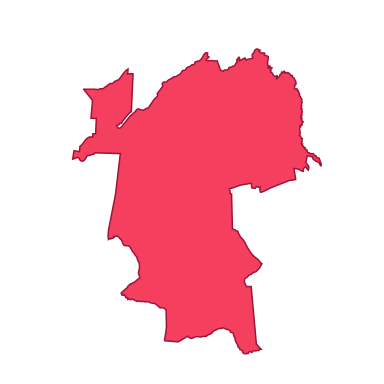 Bau Bang, Bình Dương, Vietnam (Natural Earth projection), rotated 189°
{"feature_id": "81297802B44215588050468", "entity_name": "Bau Bang", "entity_type": "district", "adm_level": 2, "iso_a3": "VNM", "parent_name": "Vietnam", "parent_adm1": "Bình Dương", "projection": "natural_earth1", "projection_center": [106.592, 11.27], "detail": "fine", "context": "isolated", "style": "filled", "palette": "rose", "viewbox_px": 384, "rotation_deg": 189, "n_neighbors": 0, "source": "geoboundaries", "source_scale": "gbopen_adm2", "svg_char_len": 5972}
<svg xmlns="http://www.w3.org/2000/svg" viewBox="0 0 384 384"><g transform="rotate(189 192 192)"><path d="M315.5,276.9L304.6,266.9L303.3,249.0L298.0,249.7L296.3,234.5L299.1,234.0L298.5,230.7L301.8,230.4L303.9,228.7L305.1,227.3L308.1,221.4L309.8,219.8L309.5,214.3L315.0,214.3L315.0,205.8L313.2,206.6L310.8,208.2L310.1,208.3L309.2,207.9L307.2,205.6L306.4,205.3L304.5,205.5L303.7,206.0L302.6,207.6L301.1,211.6L299.3,212.0L294.4,214.4L294.0,215.5L268.8,218.7L267.2,178.0L268.5,141.4L268.0,135.0L267.1,132.0L266.0,133.1L264.8,132.9L264.3,133.8L263.0,133.9L262.0,134.9L262.4,135.6L261.7,135.7L261.5,136.1L260.1,136.3L258.8,137.1L253.6,132.9L252.4,130.5L251.0,128.8L249.7,128.5L246.4,128.9L244.8,128.2L240.9,123.3L239.3,122.4L238.3,120.7L236.5,119.3L234.9,116.0L232.9,113.4L232.0,109.0L232.3,103.8L230.0,98.9L231.1,98.2L234.7,94.0L236.2,93.1L237.2,92.0L238.4,91.7L238.9,90.6L240.3,89.6L240.9,87.6L245.7,81.9L246.2,80.9L245.5,80.3L245.1,79.2L244.1,79.2L242.8,79.9L242.7,79.5L242.1,79.3L240.9,77.3L239.7,77.6L239.3,76.7L238.8,76.6L238.6,75.8L237.7,76.4L236.6,76.5L235.7,76.0L234.7,76.6L233.7,76.8L231.3,75.9L228.9,75.3L227.9,76.0L224.5,75.8L223.2,76.4L221.7,76.1L221.1,76.5L220.5,76.2L218.1,76.9L216.0,76.1L210.7,75.9L205.4,72.6L203.6,73.1L202.1,73.0L201.2,72.8L199.2,71.5L196.2,55.3L195.9,50.4L196.0,41.4L195.6,40.8L182.4,41.8L181.7,42.2L173.6,49.0L172.1,47.7L169.7,47.3L169.0,47.5L166.1,49.5L164.4,50.0L160.2,50.2L159.2,50.9L155.1,51.8L155.0,52.6L151.9,54.4L150.2,56.0L148.9,58.2L146.9,59.3L146.0,60.2L144.8,60.7L144.0,61.5L141.3,61.8L140.5,62.7L140.2,62.8L136.3,61.7L133.9,61.6L132.6,60.9L132.0,59.4L129.6,59.5L129.3,59.2L128.3,56.5L127.1,55.3L125.7,51.6L124.1,49.2L123.1,48.4L122.4,46.4L121.3,45.7L119.9,43.8L117.9,43.6L116.4,41.1L115.4,40.6L114.0,40.5L112.8,41.1L111.4,41.2L110.6,42.9L109.9,43.5L107.6,43.0L107.2,44.1L106.5,44.8L104.1,45.0L102.8,45.8L101.4,45.8L100.6,47.1L99.1,47.5L104.0,51.3L104.5,51.4L118.8,107.9L123.5,107.1L126.2,111.3L126.4,114.6L124.1,116.6L122.9,118.7L120.8,119.8L119.0,121.9L116.2,123.4L113.4,127.6L111.7,132.1L113.0,132.7L116.2,135.7L118.7,136.9L121.9,138.9L122.3,139.5L123.8,140.2L124.2,141.1L125.3,141.8L126.0,143.1L127.7,144.8L130.4,148.3L131.3,149.9L133.8,152.6L137.7,155.8L138.4,157.1L139.7,158.4L140.3,160.0L141.0,160.5L142.4,160.6L143.5,161.4L146.3,161.9L152.6,196.2L153.7,196.0L155.6,201.3L153.1,202.0L145.2,206.4L134.9,209.9L133.5,205.4L130.2,205.5L129.2,207.4L126.6,207.1L125.4,207.5L125.3,204.5L124.3,202.4L121.9,203.4L114.6,208.6L97.4,218.7L91.5,220.5L95.0,231.2L91.0,231.3L86.7,229.9L85.3,229.9L85.6,232.5L83.8,234.8L82.7,234.0L81.7,232.4L80.5,231.9L80.5,234.9L80.8,235.7L84.2,239.0L83.8,245.5L82.5,245.9L78.5,245.4L77.4,243.3L74.4,241.8L72.0,241.2L70.9,240.5L69.2,238.2L68.5,238.2L68.7,240.1L69.7,240.6L69.7,241.9L70.3,242.5L71.3,244.7L71.8,245.3L74.2,245.7L75.6,247.4L76.9,247.0L77.8,248.6L78.4,248.8L81.2,248.4L82.5,249.1L83.8,248.9L84.5,250.1L84.8,251.2L86.0,252.0L87.6,252.3L87.8,252.7L87.4,253.5L88.5,253.7L89.1,254.7L90.0,254.8L90.5,255.6L90.9,255.6L90.9,256.0L90.4,256.7L91.5,256.9L91.5,257.9L91.1,258.9L91.5,260.0L91.4,262.1L92.3,262.3L93.5,263.7L93.8,264.5L94.9,265.3L94.3,266.9L95.7,271.9L95.7,272.3L94.8,273.4L94.9,273.7L95.5,273.9L95.6,274.6L95.3,275.0L93.9,275.2L93.9,276.8L93.2,278.7L93.3,278.9L94.4,278.8L94.5,280.2L95.4,280.7L95.7,281.3L95.0,281.7L95.0,282.1L95.9,282.7L95.6,283.4L96.5,283.8L96.5,284.3L95.3,285.4L95.3,285.7L96.1,286.8L95.5,288.5L96.4,289.7L96.2,291.1L97.2,291.3L97.3,291.6L97.2,294.2L97.5,294.8L97.5,297.3L97.2,298.0L98.0,299.0L97.9,300.4L98.6,301.7L99.4,302.2L100.1,303.5L101.0,303.8L101.1,305.8L102.3,307.3L102.8,308.7L103.6,308.8L104.5,310.3L106.4,309.8L106.9,310.1L107.1,312.0L106.9,313.2L107.3,314.1L106.1,314.9L106.1,315.4L106.6,316.0L106.8,317.5L107.3,317.8L108.7,320.2L111.1,321.6L111.1,322.7L113.0,322.7L113.3,322.9L113.7,323.8L114.5,324.1L115.3,324.8L115.9,324.9L116.8,324.3L118.1,324.8L118.7,324.1L119.1,324.1L119.5,324.4L119.5,325.5L119.9,325.8L120.8,325.0L121.2,323.9L122.1,324.4L122.7,322.4L123.6,321.2L123.5,319.9L125.1,318.4L125.6,317.4L126.2,317.1L126.4,317.8L125.8,319.0L126.1,320.2L126.5,320.1L126.9,319.3L128.5,319.2L130.4,320.5L130.7,321.3L131.6,322.2L133.1,322.7L133.0,324.2L133.7,324.7L132.4,327.1L133.7,327.2L134.8,328.6L135.5,328.5L135.6,327.6L135.4,326.3L136.0,326.3L137.7,331.8L137.6,336.6L137.9,337.7L138.6,338.0L142.0,338.5L142.2,339.2L141.8,340.3L142.2,340.6L145.5,340.2L146.7,341.0L147.7,341.1L147.8,341.6L147.0,342.7L148.4,342.8L149.1,343.4L149.6,343.5L150.9,343.2L152.4,341.6L152.3,340.0L153.9,337.6L153.9,335.7L153.2,334.8L153.1,333.5L157.9,331.7L159.3,330.8L160.7,332.7L165.6,329.0L165.9,331.6L166.5,332.4L166.9,332.5L167.7,331.0L167.9,329.8L168.5,329.6L167.7,327.1L168.3,326.8L168.7,326.2L169.5,323.7L170.2,322.9L171.7,322.5L172.5,321.4L174.2,321.2L175.0,320.5L175.4,318.8L175.8,318.5L176.7,317.9L179.2,317.5L180.0,316.0L182.6,316.8L183.9,318.4L184.9,320.7L187.0,324.0L187.4,325.4L197.6,324.1L198.8,324.2L198.4,325.5L196.7,327.3L196.4,328.1L198.1,328.8L198.3,331.7L199.8,331.8L200.7,331.2L201.5,330.1L203.2,325.4L205.4,322.4L206.5,322.4L209.3,320.8L209.7,318.6L210.0,318.2L212.2,317.5L213.4,315.9L215.6,314.8L216.7,313.7L217.1,313.0L217.1,312.2L217.8,311.3L219.9,310.7L220.9,309.6L221.3,308.0L222.1,306.8L224.9,304.4L226.2,303.4L228.3,302.8L229.1,301.6L230.3,301.1L230.6,300.3L232.2,299.5L235.1,296.3L236.9,296.4L238.1,295.1L238.4,294.7L238.4,294.1L237.7,293.0L237.5,291.7L241.5,284.2L241.7,283.2L241.0,282.0L241.1,281.2L244.1,277.2L248.3,268.2L249.5,267.9L253.0,265.1L255.2,265.1L257.7,265.7L258.9,265.4L260.0,264.1L260.3,262.9L264.9,257.4L271.8,245.4L273.1,243.8L275.1,243.6L276.8,246.1L275.0,246.7L274.4,247.5L274.1,248.4L273.1,248.5L272.2,249.0L271.8,250.9L266.5,259.8L265.8,260.8L264.5,261.7L268.7,299.5L270.7,299.4L274.0,298.4L274.4,303.4L276.3,301.6L277.7,299.4L281.8,291.6L285.4,289.4L287.5,286.7L289.4,286.5L290.8,285.5L296.2,280.0L298.9,279.6L300.6,278.5L305.0,278.2L314.8,276.6L315.5,276.9Z" fill="#f43f5e" stroke="#9f1239" stroke-width="1.5"/></g></svg>